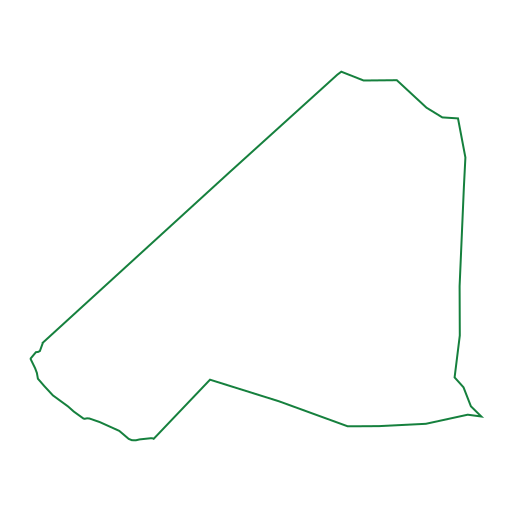 Barnwell, South Carolina, United States of America (Robinson projection)
{"feature_id": "52423323B69510084173682", "entity_name": "Barnwell", "entity_type": "district", "adm_level": 2, "iso_a3": "USA", "parent_name": "United States of America", "parent_adm1": "South Carolina", "projection": "robinson", "projection_center": [-81.514, 33.292], "detail": "fine", "context": "isolated", "style": "outline", "palette": "green", "viewbox_px": 512, "rotation_deg": 0, "n_neighbors": 0, "source": "geoboundaries", "source_scale": "gbopen_adm2", "svg_char_len": 716}
<svg xmlns="http://www.w3.org/2000/svg" viewBox="0 0 512 512"><path d="M458.0,118.4L442.3,117.4L426.5,107.7L396.8,80.2L363.6,80.5L341.3,71.7L337.3,74.7L229.9,171.9L42.7,342.8L42.8,343.0L39.9,351.0L38.2,351.9L35.9,352.2L30.7,358.4L30.7,359.2L35.1,368.2L36.9,373.0L37.9,378.7L44.2,386.0L52.9,395.4L68.1,406.5L73.7,411.5L83.4,418.5L84.6,418.8L87.1,418.3L89.4,418.5L99.8,422.1L119.3,430.9L128.7,438.9L131.9,440.2L135.8,440.3L139.7,439.4L151.0,438.2L153.0,438.4L153.7,438.8L210.0,379.7L279.0,401.3L347.7,426.3L368.7,426.2L379.6,426.1L425.9,423.8L467.7,414.7L481.3,416.5L470.9,406.3L463.5,387.3L454.6,377.4L459.8,335.5L459.6,286.2L463.9,186.8L465.4,157.5L458.0,118.4Z" fill="none" stroke="#15803d" stroke-width="2"/></svg>